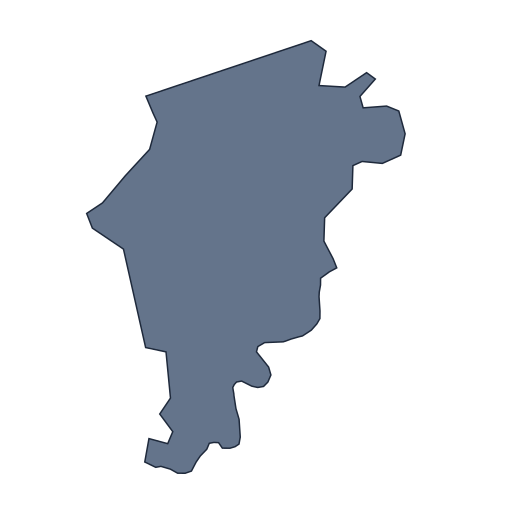 Saykhunabad, Sirdaryo, Uzbekistan (orthographic projection), rotated 83°
{"feature_id": "79887680B2941590396585", "entity_name": "Saykhunabad", "entity_type": "district", "adm_level": 2, "iso_a3": "UZB", "parent_name": "Uzbekistan", "parent_adm1": "Sirdaryo", "projection": "orthographic", "projection_center": [68.922, 40.647], "detail": "fine", "context": "isolated", "style": "filled", "palette": "slate", "viewbox_px": 512, "rotation_deg": 83, "n_neighbors": 0, "source": "geoboundaries", "source_scale": "gbopen_adm2", "svg_char_len": 1217}
<svg xmlns="http://www.w3.org/2000/svg" viewBox="0 0 512 512"><g transform="rotate(83 256 256)"><path d="M101.6,340.8L111.0,337.8L137.2,348.6L160.3,375.8L184.6,401.9L193.1,418.9L208.4,415.0L233.0,386.7L333.4,376.7L340.2,357.0L386.6,358.2L401.1,370.8L420.2,360.0L431.5,366.5L424.2,384.5L446.9,391.5L453.5,381.3L453.2,376.0L457.1,367.0L462.0,360.3L463.0,352.8L461.6,346.3L453.3,340.6L447.7,335.7L441.8,328.4L436.2,325.2L435.9,320.5L436.7,315.9L442.6,312.8L443.6,305.3L442.7,300.0L440.6,295.8L433.8,293.7L416.0,292.7L405.0,294.5L391.7,294.9L390.0,294.8L383.7,295.1L380.9,293.2L378.7,290.7L378.4,285.5L384.7,276.0L386.7,270.3L386.4,264.4L382.6,259.6L375.9,255.7L367.8,257.0L360.8,261.3L351.2,267.2L348.1,266.0L346.1,265.2L343.0,258.0L344.5,239.5L344.1,237.2L342.7,231.3L341.4,223.1L341.0,219.6L336.3,210.1L330.8,203.9L325.9,200.2L318.4,199.2L304.1,198.4L299.5,197.6L292.7,195.5L285.9,194.6L280.6,185.0L277.6,177.3L268.1,179.8L249.5,186.8L226.4,183.2L201.2,152.4L178.1,148.8L175.1,139.2L179.5,119.3L173.5,100.1L152.9,93.1L129.5,96.6L123.1,108.1L122.0,131.6L110.3,133.4L94.9,116.0L87.5,123.9L99.2,147.0L94.5,172.7L61.3,161.5L49.0,175.0L83.9,345.8L101.6,340.8Z" fill="#64748b" stroke="#1e293b" stroke-width="1.5"/></g></svg>